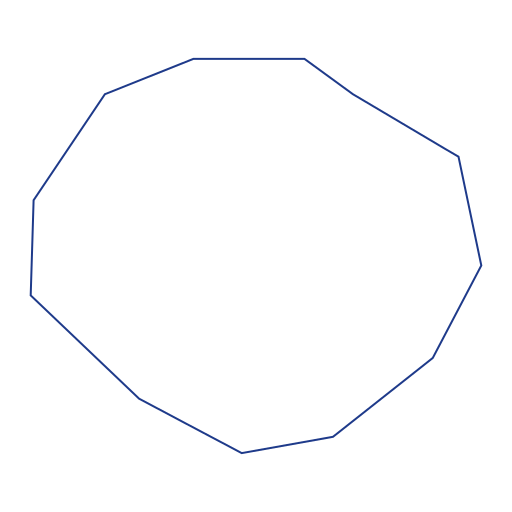 Lankaran City, Lankaran, Azerbaijan
{"feature_id": "54616110B92317303093203", "entity_name": "Lankaran City", "entity_type": "district", "adm_level": 2, "iso_a3": "AZE", "parent_name": "Azerbaijan", "parent_adm1": "Lankaran", "projection": "robinson", "projection_center": [48.846, 38.741], "detail": "fine", "context": "isolated", "style": "outline", "palette": "blue", "viewbox_px": 512, "rotation_deg": 0, "n_neighbors": 0, "source": "geoboundaries", "source_scale": "gbopen_adm2", "svg_char_len": 324}
<svg xmlns="http://www.w3.org/2000/svg" viewBox="0 0 512 512"><path d="M445.0,148.8L352.9,94.2L304.5,58.9L193.3,58.9L104.9,94.2L33.6,200.2L32.3,243.2L30.7,295.4L139.1,398.7L186.0,423.6L241.7,453.1L333.0,436.8L425.4,363.8L432.8,357.9L481.3,265.5L458.5,156.7L445.0,148.8Z" fill="none" stroke="#1e3a8a" stroke-width="2"/></svg>